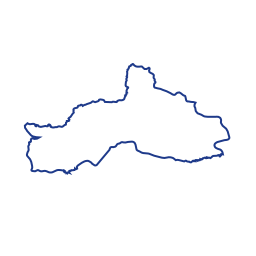 the border of Malanje, rotated 103°
{"feature_id": "AGO-1876", "entity_name": "Malanje", "entity_type": "Province", "adm_level": 1, "iso_a3": "AGO", "parent_name": "Angola", "parent_adm1": "", "projection": "equal_earth", "projection_center": [17.064, -9.524], "detail": "fine", "context": "isolated", "style": "outline", "palette": "blue", "viewbox_px": 256, "rotation_deg": 103, "n_neighbors": 0, "source": "natural_earth", "source_scale": "10m", "svg_char_len": 5878}
<svg xmlns="http://www.w3.org/2000/svg" viewBox="0 0 256 256"><g transform="rotate(103 128 128)"><path d="M132.3,29.6L132.3,30.7L132.5,31.4L133.0,31.8L133.3,31.2L133.5,31.1L134.0,31.5L134.7,31.7L135.0,31.9L135.1,32.3L135.0,32.5L134.2,33.0L134.0,33.5L134.1,34.0L134.9,34.9L135.3,36.0L135.9,38.2L136.4,39.2L138.1,40.3L138.8,41.0L138.6,41.9L138.8,42.6L138.8,43.7L138.8,44.4L139.4,44.1L139.5,44.5L139.4,44.7L139.9,45.1L139.9,45.5L139.6,46.3L139.8,46.9L140.4,47.6L140.7,48.3L141.5,48.4L141.8,48.7L141.8,49.7L142.0,50.1L142.6,50.1L142.6,50.4L142.3,50.8L143.3,51.0L143.4,51.6L143.4,52.1L143.5,52.5L144.0,52.3L144.4,52.9L144.3,53.3L144.0,53.7L143.8,54.3L143.9,54.7L145.0,55.4L144.8,55.9L145.0,56.4L145.4,55.7L145.7,57.2L145.9,57.6L146.3,58.1L147.0,58.6L147.3,58.9L147.4,59.7L147.0,61.0L147.3,61.7L147.2,63.3L146.9,63.8L146.8,64.3L147.1,64.8L147.9,65.7L147.8,71.4L147.9,72.6L148.3,73.7L148.6,74.2L148.2,75.0L147.5,76.4L147.1,77.5L147.0,78.7L147.0,80.0L147.3,81.7L149.0,85.7L149.3,88.3L149.1,96.3L148.4,101.1L148.3,102.0L148.4,103.2L149.0,107.6L148.9,109.2L148.2,111.6L147.8,113.7L147.3,114.6L146.7,115.0L142.6,116.9L141.8,117.5L141.0,118.2L140.5,119.2L140.3,120.3L140.5,121.5L141.6,124.9L142.7,127.2L143.0,128.6L143.1,130.6L143.5,131.4L144.7,132.5L145.2,133.2L145.5,134.0L146.0,134.6L146.3,134.9L148.4,135.7L149.1,136.3L150.0,138.1L150.1,139.2L150.4,140.1L151.0,140.8L152.3,141.1L153.3,141.1L171.0,150.1L171.4,150.5L171.8,151.2L171.9,152.1L171.5,153.2L170.7,155.2L170.1,155.8L169.7,156.7L169.1,158.7L169.0,159.7L169.3,160.8L169.8,162.0L170.5,163.1L172.3,165.2L175.7,168.3L176.5,168.8L177.4,169.1L179.0,168.4L179.9,169.5L179.4,170.5L179.9,170.4L180.6,170.8L181.0,170.8L181.2,171.5L181.6,172.2L181.8,173.6L182.4,174.3L182.7,174.9L182.9,174.6L183.2,175.0L183.5,175.4L184.3,175.8L184.8,175.2L184.7,175.8L184.9,176.3L185.2,176.6L185.7,176.8L185.2,177.4L185.9,178.0L185.6,178.2L185.4,178.5L185.3,178.8L185.4,179.3L184.7,179.6L185.2,180.1L185.1,180.4L184.5,180.9L184.3,180.9L183.9,180.5L183.7,180.8L183.6,181.2L183.9,181.5L184.0,181.8L184.2,184.3L184.4,185.5L184.7,186.8L185.2,187.9L185.8,188.7L187.6,191.0L188.2,191.8L188.6,192.8L188.9,194.0L188.9,195.3L188.5,197.4L188.4,198.7L188.6,199.9L189.6,202.2L189.8,203.4L189.6,204.7L189.3,205.6L189.3,206.4L190.0,207.5L190.9,208.5L191.1,209.1L191.2,209.8L191.4,211.7L191.1,212.4L190.5,212.7L189.0,212.4L188.2,212.4L186.5,212.9L182.9,214.6L181.1,215.9L180.4,216.5L178.1,219.6L177.5,220.2L176.7,220.5L175.9,220.5L174.2,220.4L172.5,219.9L171.6,219.9L168.4,221.0L167.9,221.0L166.1,220.5L165.5,220.7L164.9,221.1L164.3,221.2L163.9,220.8L163.6,220.0L163.1,219.6L162.6,219.6L161.5,220.0L160.2,219.8L159.8,219.4L159.6,218.8L159.6,218.4L159.7,216.7L159.3,215.6L158.9,214.4L158.6,213.9L158.2,213.5L157.1,212.3L157.6,215.4L157.6,218.6L157.3,220.0L156.7,221.2L153.5,225.7L152.7,226.4L151.1,228.2L150.5,228.5L148.9,229.0L146.0,227.0L146.3,226.0L146.4,224.7L146.3,224.2L145.3,221.5L145.2,220.4L145.6,219.4L146.8,218.7L147.0,218.4L146.9,217.7L146.5,217.6L145.6,218.1L145.6,217.5L145.6,216.4L145.7,216.1L146.4,215.4L146.5,215.2L146.5,214.1L146.6,213.9L146.5,213.1L144.6,209.0L144.6,207.5L144.4,206.7L144.2,206.5L143.3,206.6L142.5,206.1L142.3,205.3L142.6,204.5L143.5,203.7L143.7,204.1L144.2,203.6L144.4,203.0L144.4,201.4L144.2,200.5L143.5,199.0L143.1,197.4L142.2,196.3L141.9,195.6L141.8,194.8L141.8,193.2L141.6,192.4L141.0,191.7L139.2,190.3L138.8,189.4L138.6,189.3L136.7,189.6L135.3,188.8L134.9,189.0L134.5,187.4L134.1,187.0L133.5,187.4L132.9,187.1L132.5,187.7L132.1,188.1L131.2,187.6L130.1,186.5L126.5,185.1L125.2,184.3L123.8,185.0L123.2,184.9L122.5,185.3L121.7,185.2L121.1,184.8L120.7,184.3L119.7,182.2L119.3,181.8L118.9,181.7L118.0,181.7L117.6,181.5L117.3,181.0L116.7,179.6L116.1,179.3L115.9,179.0L115.8,178.3L115.9,178.0L116.7,177.1L115.3,175.7L114.9,174.6L114.1,173.7L111.8,169.9L111.0,169.3L110.0,168.4L109.9,167.8L110.2,166.2L110.2,165.8L108.7,163.3L108.1,162.7L107.0,162.5L106.7,162.0L106.4,161.4L106.3,160.6L106.2,158.7L106.4,157.7L106.9,157.2L107.4,156.8L107.8,156.4L106.5,149.5L106.0,149.1L105.7,148.3L105.4,145.4L105.3,145.1L105.0,144.7L104.0,144.4L102.9,142.8L102.7,142.1L102.6,141.1L102.4,140.3L101.7,139.1L101.1,138.5L100.5,138.2L99.1,138.1L98.3,138.0L97.7,137.7L97.3,137.6L96.8,138.1L96.1,137.3L95.9,137.2L95.4,137.1L94.4,137.5L93.8,136.8L92.9,137.6L92.2,137.8L91.5,137.8L89.7,137.5L89.1,137.0L88.8,136.9L88.4,137.0L88.3,137.3L88.2,138.1L87.7,139.4L87.2,139.8L86.7,140.0L83.5,140.4L82.9,140.3L82.1,140.0L81.7,140.0L80.7,140.7L80.1,140.6L79.4,140.4L78.6,140.3L78.5,140.5L78.2,141.0L77.9,141.0L77.1,140.7L74.5,141.1L73.3,141.6L71.7,141.3L71.2,141.6L70.8,141.2L70.1,140.8L69.4,140.7L69.1,140.8L68.9,140.7L67.8,140.7L67.6,140.5L67.0,139.4L65.8,139.1L65.3,138.2L64.7,138.0L64.6,137.3L65.5,136.1L65.9,135.1L66.2,133.9L66.1,132.4L65.8,131.1L65.1,129.1L65.0,128.3L66.8,125.2L66.4,123.3L64.6,121.2L65.0,120.4L65.4,120.3L65.9,120.2L67.4,120.4L68.7,119.7L69.3,118.0L69.7,116.1L70.6,114.8L71.3,114.6L72.8,114.5L73.5,114.2L74.6,112.9L75.8,112.8L77.0,111.6L77.5,111.5L77.8,111.6L78.5,112.2L78.8,112.3L80.2,112.3L81.5,112.0L82.2,111.6L82.6,111.1L82.7,108.0L82.6,105.3L82.7,104.5L83.0,102.9L83.5,98.7L84.5,94.4L85.2,92.4L85.4,91.3L85.3,90.3L84.8,89.5L83.3,88.6L82.6,87.9L82.1,86.8L81.8,85.9L82.3,84.3L83.5,81.8L83.8,80.9L83.8,80.2L84.0,79.5L84.6,79.1L88.0,77.5L88.6,76.7L88.7,75.8L88.5,75.0L88.4,72.4L88.0,70.1L88.1,67.9L90.2,68.4L91.1,68.3L92.1,68.0L93.3,67.0L96.0,65.9L96.5,65.5L98.0,63.5L98.6,59.4L99.4,56.9L99.5,55.9L99.4,54.8L99.1,52.5L97.0,43.7L96.8,42.6L97.0,41.5L97.4,40.4L98.6,39.4L99.6,39.0L101.4,38.8L102.3,38.4L104.5,36.3L106.6,32.2L108.9,30.1L114.2,27.2L115.0,27.0L115.5,27.2L116.3,27.5L116.9,28.3L117.4,29.2L118.2,31.4L121.5,37.6L122.2,38.5L123.0,39.2L123.7,39.7L124.5,39.9L125.3,39.9L126.0,39.6L126.8,39.1L127.5,38.1L127.9,36.7L128.1,35.7L128.3,33.2L128.7,32.3L129.1,31.7L130.4,30.5L132.3,29.6Z" fill="none" stroke="#1e3a8a" stroke-width="2"/></g></svg>